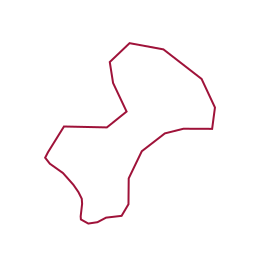 Kinmen, Mercator projection, rotated 328°
{"feature_id": "TWN-3415", "entity_name": "Kinmen", "entity_type": "County", "adm_level": 1, "iso_a3": "TWN", "parent_name": "Taiwan", "parent_adm1": "", "projection": "mercator", "projection_center": [118.347, 24.459], "detail": "fine", "context": "isolated", "style": "outline", "palette": "rose", "viewbox_px": 256, "rotation_deg": 328, "n_neighbors": 0, "source": "natural_earth", "source_scale": "10m", "svg_char_len": 504}
<svg xmlns="http://www.w3.org/2000/svg" viewBox="0 0 256 256"><g transform="rotate(328 128 128)"><path d="M147.5,62.4L174.3,56.9L199.7,80.1L216.4,125.4L212.6,156.7L198.9,173.3L174.6,158.0L156.4,152.1L127.4,155.0L101.9,171.1L88.0,192.9L76.0,199.1L61.9,192.4L52.2,191.7L43.7,188.0L39.6,180.6L41.0,177.9L48.9,168.0L51.3,163.5L52.0,156.1L51.6,147.3L49.0,131.8L42.8,116.9L42.0,109.3L47.4,106.1L74.5,92.8L110.4,116.3L135.5,113.3L139.2,81.9L147.5,62.4Z" fill="none" stroke="#9f1239" stroke-width="2"/></g></svg>